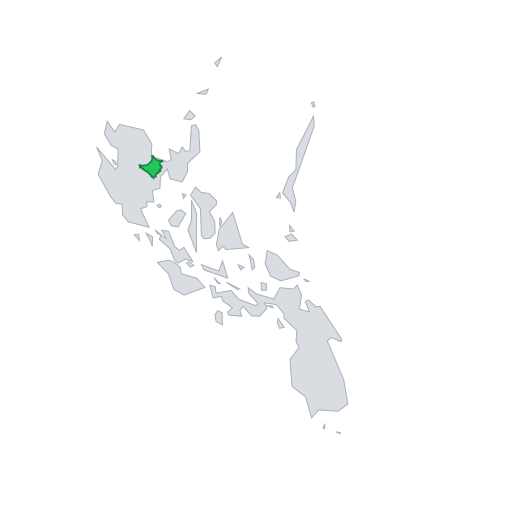 Lanao del Sur, Lanao del Sur, Philippines shown in context, rotated 157°
{"feature_id": "2640588B65127685102762", "entity_name": "Lanao del Sur", "entity_type": "district", "adm_level": 2, "iso_a3": "PHL", "parent_name": "Philippines", "parent_adm1": "Lanao del Sur", "projection": "natural_earth1", "projection_center": [124.133, 7.782], "detail": "fine", "context": "in_parent", "style": "filled", "palette": "green", "viewbox_px": 512, "rotation_deg": 157, "n_neighbors": 0, "source": "geoboundaries", "source_scale": "gbopen_adm2", "svg_char_len": 7276}
<svg xmlns="http://www.w3.org/2000/svg" viewBox="0 0 512 512"><g transform="rotate(157 256 256)"><path d="M241.0,81.0L258.3,89.8L268.1,85.3L265.4,107.1L273.9,121.9L264.9,147.8L252.3,154.7L252.5,161.9L247.5,171.4L254.5,187.5L252.9,191.8L256.1,203.2L266.6,209.7L266.3,203.7L276.3,199.1L283.5,202.6L287.4,214.6L292.0,212.3L292.6,206.1L304.2,212.2L304.0,215.4L297.9,217.5L304.3,227.8L303.5,232.2L311.8,234.2L309.9,247.1L305.6,243.7L307.3,237.5L292.3,234.0L288.9,223.1L275.6,210.3L272.6,210.9L277.2,224.4L275.6,229.9L270.4,220.9L256.4,209.5L246.2,217.4L234.4,210.9L229.6,213.1L229.2,202.6L236.8,190.1L228.5,183.6L228.6,194.5L225.0,195.3L220.7,186.0L216.7,184.4L209.7,145.8L211.1,143.9L218.7,151.5L223.6,149.8L223.6,107.8L229.3,83.9L241.0,81.0ZM343.2,324.2L360.2,337.3L362.8,346.2L358.9,356.0L364.3,359.1L366.5,366.8L369.4,392.9L360.2,403.8L360.2,418.6L351.5,390.6L348.4,392.5L341.1,408.2L346.0,414.3L347.9,427.7L340.3,438.1L337.6,425.2L330.4,430.5L310.3,416.0L308.1,399.9L313.4,388.8L300.6,377.3L296.5,377.6L294.1,388.5L287.2,380.5L281.2,385.2L280.0,379.9L275.8,378.8L264.6,401.1L260.4,400.6L259.5,394.2L267.0,373.8L282.8,368.0L286.1,360.4L295.1,353.0L304.9,360.5L303.7,371.0L313.1,366.0L318.0,355.9L325.7,356.9L329.0,345.7L335.4,348.5L337.0,344.2L343.8,344.5L343.2,324.2ZM292.5,337.4L284.8,343.3L281.8,336.1L274.6,331.7L270.8,322.3L272.5,318.6L281.5,315.1L280.6,303.7L284.6,293.2L291.0,290.2L297.0,292.2L298.3,296.1L288.7,321.2L292.5,337.4ZM337.6,248.2L344.6,257.4L343.6,273.8L349.3,288.7L337.5,286.1L332.8,280.7L330.1,274.8L331.9,269.1L319.0,258.5L315.4,247.0L337.6,248.2ZM259.5,266.6L281.2,273.7L282.5,278.0L288.7,275.4L287.8,282.2L279.5,294.9L260.3,305.3L263.9,272.4L259.5,266.6ZM177.3,337.9L148.5,362.2L151.7,352.8L196.0,304.4L198.0,290.8L203.9,281.5L203.2,291.4L206.9,303.8L195.2,315.8L185.6,319.8L177.3,337.9ZM224.1,221.0L242.9,223.4L250.3,231.6L250.7,245.1L243.5,256.6L236.2,248.6L229.9,230.6L222.6,223.9L224.1,221.0ZM322.0,280.7L330.4,279.9L332.6,284.3L332.3,296.0L338.4,309.1L335.4,312.3L331.7,307.4L332.7,316.6L326.9,312.9L327.0,296.1L324.1,291.1L319.0,292.2L316.3,275.4L322.0,280.7ZM293.6,332.6L294.0,318.4L309.4,282.6L308.6,306.5L301.4,314.0L293.6,332.6ZM322.5,323.3L311.4,328.5L307.0,327.8L304.2,322.5L316.4,313.1L322.1,316.8L322.5,323.3ZM290.6,246.6L309.4,263.6L309.6,269.4L296.1,256.7L288.7,264.7L290.6,246.6ZM316.8,217.9L312.6,220.6L309.4,217.0L313.8,205.6L318.3,211.3L316.8,217.9ZM268.9,410.6L260.3,415.7L257.3,408.9L262.6,406.8L268.9,410.6ZM211.8,254.4L219.8,256.6L221.9,262.3L214.7,262.4L211.8,254.4ZM259.6,220.4L264.3,222.5L261.7,229.6L257.5,226.2L259.6,220.4ZM238.5,424.5L247.3,428.8L234.7,428.4L238.5,424.5ZM348.3,319.8L343.7,314.2L347.7,305.4L347.3,310.8L348.3,319.8ZM264.9,244.7L261.8,259.8L259.7,253.6L261.5,246.2L264.9,244.7ZM217.8,445.4L218.5,449.9L209.7,452.6L217.8,445.4ZM262.5,180.2L262.2,186.9L260.1,189.8L257.9,179.3L262.5,180.2ZM277.9,297.2L274.1,305.8L274.1,300.8L277.9,297.2ZM215.3,264.9L213.1,271.1L211.2,263.9L215.3,264.9ZM322.8,276.6L319.9,276.8L317.0,271.8L320.5,271.2L322.8,276.6ZM275.7,249.2L275.7,254.8L271.4,250.2L275.7,249.2ZM359.7,323.0L355.4,321.9L357.3,315.9L359.7,323.0ZM286.0,232.1L293.6,243.4L284.0,232.3L286.0,232.1ZM214.5,301.9L209.4,305.0L210.8,299.9L214.5,301.9ZM300.3,337.3L299.4,342.1L296.5,339.6L300.3,337.3ZM301.7,245.9L303.3,252.6L299.6,244.1L301.7,245.9ZM145.2,375.5L142.6,375.2L143.2,370.9L145.1,370.4L145.2,375.5ZM327.5,341.0L324.2,341.3L323.9,338.7L325.9,338.2L327.5,341.0ZM350.6,400.7L348.2,397.7L349.0,394.6L350.6,396.1L350.6,400.7ZM219.6,212.7L221.1,216.5L217.1,212.1L219.6,212.7ZM337.5,314.3L338.8,319.3L335.2,313.2L337.5,314.3ZM261.7,71.6L257.9,74.7L260.7,70.1L261.7,71.6ZM265.7,206.4L260.6,203.5L260.7,201.5L265.7,206.4ZM247.9,59.4L251.1,62.9L247.5,60.6L247.9,59.4Z" fill="#d9dde1" stroke="#a8b0b8" stroke-width="1"/><path d="M320.3,368.4L320.1,368.2L319.9,368.1L319.8,367.8L319.6,368.2L319.2,368.7L318.7,368.8L318.0,368.4L317.8,368.1L317.4,368.0L317.2,368.0L317.2,368.3L317.2,368.5L317.3,368.6L317.3,368.8L317.2,368.9L317.2,369.0L316.7,369.2L316.8,369.2L316.7,369.3L316.4,369.5L316.4,369.9L316.5,370.1L316.3,370.3L315.2,370.8L315.0,370.7L314.9,370.8L314.5,370.8L314.4,370.5L314.3,370.4L313.7,370.4L313.5,370.5L313.4,370.6L313.5,370.6L313.5,371.0L313.2,371.0L313.3,371.3L313.2,371.4L313.2,371.5L312.6,371.6L312.3,371.7L312.2,371.8L312.2,371.4L311.9,371.4L311.9,371.5L311.8,371.4L311.4,371.5L311.0,371.5L311.0,372.0L310.8,372.0L311.0,372.2L311.3,372.2L311.2,372.7L310.8,372.7L310.8,372.8L310.9,373.1L310.9,373.3L309.2,373.6L308.7,373.8L308.2,374.1L308.5,374.7L307.9,375.2L307.7,375.6L307.9,375.8L308.1,376.2L308.4,376.7L309.0,377.0L308.7,377.6L308.5,377.8L308.4,378.2L308.4,378.8L308.5,379.4L307.4,379.9L306.2,379.7L305.4,379.5L305.0,379.6L305.0,379.8L305.2,379.7L305.2,379.8L305.2,380.1L305.1,380.3L305.0,380.2L304.9,380.3L305.0,380.6L305.3,380.6L305.6,380.5L305.8,380.6L306.0,380.7L306.2,380.8L306.3,380.8L306.5,380.7L306.9,381.0L306.9,380.9L307.0,381.0L307.6,381.4L307.8,381.5L307.9,381.4L307.8,381.5L307.9,381.9L308.0,382.0L308.3,382.0L308.5,382.0L308.5,381.9L308.5,382.1L308.8,382.0L309.0,382.3L309.3,382.5L309.6,383.0L310.1,383.7L310.3,384.1L310.5,384.4L310.5,384.5L310.7,384.8L311.0,385.3L311.3,385.7L311.3,385.9L311.3,386.0L311.5,386.3L311.6,386.8L311.9,387.0L311.9,387.3L311.7,387.5L311.6,387.2L311.5,387.3L311.5,387.5L311.8,387.7L311.8,387.8L311.9,387.7L312.0,387.8L312.4,388.0L312.5,388.0L312.4,388.2L312.5,388.3L312.6,388.5L312.4,388.5L312.2,388.5L312.4,388.7L312.6,388.6L312.8,388.5L312.9,388.4L312.9,388.2L313.0,388.0L313.1,387.8L313.0,387.4L312.8,387.3L312.9,387.1L313.1,386.9L313.3,386.8L313.4,386.6L313.3,386.4L313.4,386.2L313.5,386.2L314.1,385.5L314.1,385.2L314.4,384.4L315.1,384.4L316.8,383.6L320.9,382.2L322.4,383.0L323.8,383.2L324.0,383.2L324.1,383.3L324.3,383.3L324.8,383.5L325.0,383.5L325.3,383.5L325.5,383.5L325.8,383.5L326.0,383.5L326.1,383.8L326.2,384.0L326.3,383.9L326.4,384.0L326.4,384.3L326.5,384.3L326.6,384.6L326.8,384.8L327.0,384.8L327.2,385.0L327.3,385.1L327.3,385.3L327.5,385.4L327.6,385.2L327.8,385.0L327.8,384.9L328.0,384.9L328.0,384.7L327.8,384.2L328.0,384.1L327.8,384.1L327.7,384.0L327.7,383.9L327.8,384.0L327.8,383.9L327.7,383.8L327.9,383.5L327.7,383.6L327.8,383.4L327.7,383.4L327.6,383.5L327.5,383.4L327.6,383.1L327.6,382.9L327.4,382.9L327.5,382.7L327.3,382.6L327.3,382.4L327.2,382.4L326.8,382.3L326.8,382.0L326.7,382.0L326.4,381.9L326.4,381.7L326.3,381.4L326.4,381.2L326.2,381.0L326.1,380.9L326.0,381.0L326.1,380.8L326.0,380.7L325.9,380.6L326.0,380.5L325.9,380.5L325.7,380.4L325.8,380.2L325.7,379.9L325.8,380.0L325.8,379.9L325.9,379.7L325.7,379.3L325.6,379.2L325.4,379.2L325.2,378.9L325.2,378.7L325.1,378.3L324.9,378.2L324.7,378.1L324.6,377.9L324.6,377.7L324.4,377.5L324.4,377.3L324.2,377.2L324.1,376.9L323.9,376.8L323.6,376.7L323.4,376.6L323.4,376.4L323.3,376.2L323.3,375.9L323.2,375.9L323.2,375.7L323.2,375.4L322.9,375.2L322.9,375.3L322.9,375.2L322.7,375.1L322.6,374.9L322.7,374.7L322.3,373.9L321.8,372.8L321.8,372.7L321.7,372.6L321.8,372.6L321.7,372.4L321.6,372.2L321.5,371.7L321.4,371.6L321.4,371.4L321.5,371.3L321.4,371.2L321.5,371.1L321.4,371.0L321.4,370.9L321.4,370.7L321.3,370.4L321.2,370.2L321.2,369.8L320.9,369.6L320.9,369.4L320.8,369.2L320.7,369.1L320.5,368.8L320.4,368.8L320.3,368.7L320.3,368.4Z" fill="#22c55e" stroke="#15803d" stroke-width="1.5"/></g></svg>